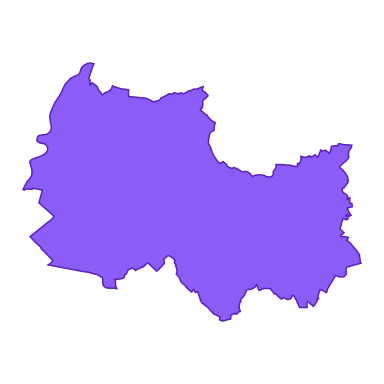 the district of Ernei, Mures, Romania
{"feature_id": "2599482B63747997381834", "entity_name": "Ernei", "entity_type": "district", "adm_level": 2, "iso_a3": "ROU", "parent_name": "Romania", "parent_adm1": "Mures", "projection": "albers", "projection_center": [24.69, 46.618], "detail": "fine", "context": "isolated", "style": "filled", "palette": "violet", "viewbox_px": 384, "rotation_deg": 0, "n_neighbors": 0, "source": "geoboundaries", "source_scale": "gbopen_adm2", "svg_char_len": 5968}
<svg xmlns="http://www.w3.org/2000/svg" viewBox="0 0 384 384"><path d="M318.6,298.7L318.2,298.3L318.1,297.1L318.2,294.9L320.1,289.5L325.7,292.0L325.9,292.5L326.6,292.3L327.5,289.1L328.4,287.4L335.7,275.4L339.4,276.9L340.8,277.0L342.1,276.7L343.8,276.9L345.8,274.8L346.5,273.2L346.0,270.9L346.0,269.3L346.5,267.9L347.3,267.0L361.0,263.2L360.1,260.6L359.6,255.7L359.4,254.7L358.6,253.4L356.3,250.3L351.1,244.0L349.5,242.3L346.7,240.4L348.4,237.5L344.7,236.6L341.2,236.6L340.6,236.4L340.6,235.9L340.9,235.0L342.4,234.3L344.0,232.6L343.0,231.9L340.0,228.7L341.4,224.7L341.7,221.7L342.6,220.5L342.5,219.8L342.7,219.0L342.9,218.9L343.1,218.5L346.1,219.7L347.3,219.6L347.9,219.1L348.1,217.5L346.1,215.9L347.4,214.3L348.7,216.1L349.2,216.2L351.1,215.4L347.9,210.2L347.4,208.0L352.4,206.7L351.8,203.3L349.6,203.0L349.8,197.8L347.5,199.6L346.9,198.9L347.8,198.0L347.8,196.8L347.3,195.6L345.2,193.8L343.1,192.5L342.0,190.3L342.0,189.8L343.0,188.1L343.9,187.9L348.0,182.4L348.3,180.4L347.4,179.4L347.7,179.0L347.9,178.0L347.8,177.3L345.0,172.6L343.2,170.5L339.5,167.2L341.4,164.7L346.3,160.7L348.3,158.2L348.9,156.8L348.4,155.9L348.4,155.1L348.8,151.4L349.3,150.2L351.2,147.8L351.6,146.5L351.8,145.2L342.4,144.5L341.8,144.1L341.0,144.1L339.1,143.5L338.2,144.3L337.6,145.7L332.2,146.0L331.4,146.8L330.8,150.2L329.5,153.3L325.3,150.0L323.1,151.2L320.9,150.0L320.4,150.6L321.1,151.0L320.4,151.6L319.5,152.8L318.7,155.2L317.6,157.1L314.9,154.8L311.6,157.0L311.4,156.6L309.5,157.0L309.5,155.8L305.7,157.4L303.3,157.1L301.8,156.4L300.7,156.4L301.2,158.5L300.6,161.0L299.9,162.4L299.5,164.0L298.4,163.4L297.4,163.5L297.6,166.1L294.9,166.5L291.8,165.5L289.8,165.2L280.1,164.5L275.9,164.6L276.2,166.4L275.5,168.2L274.5,169.9L273.6,170.9L273.2,171.8L273.4,173.2L273.1,174.5L272.4,175.9L270.5,177.0L267.1,176.8L265.8,176.5L265.2,175.8L263.9,175.4L259.4,174.8L256.2,175.1L254.4,175.5L252.5,176.7L251.8,175.6L250.0,173.5L248.4,172.4L245.7,171.3L245.2,171.3L244.8,171.8L244.2,172.0L242.1,171.7L236.6,168.4L233.5,167.5L232.6,168.5L232.0,168.5L228.5,167.1L227.2,166.4L226.6,164.3L225.0,163.4L223.4,161.6L219.5,163.5L216.3,159.6L213.0,154.3L211.3,150.0L210.3,146.7L208.9,144.4L208.5,143.2L208.5,139.9L209.7,133.9L210.0,133.3L211.5,131.6L214.0,130.5L214.2,127.0L215.3,122.5L213.2,121.6L211.3,120.3L208.2,117.2L207.5,115.7L207.0,115.1L205.4,114.4L202.5,111.7L200.2,110.1L200.9,108.7L201.6,108.7L202.6,106.8L202.8,101.7L202.6,101.5L203.1,100.2L204.2,99.7L204.3,99.3L205.8,98.1L206.3,97.1L207.4,96.6L207.9,95.9L207.9,95.0L206.2,93.6L205.0,92.1L202.4,90.6L202.8,88.0L203.3,86.7L203.7,86.3L196.7,89.1L193.6,89.1L190.8,90.6L188.1,91.1L186.5,92.4L183.6,93.7L180.8,92.9L179.3,93.2L178.1,93.9L174.7,92.8L173.7,92.9L173.3,93.8L171.1,94.1L170.3,94.1L169.4,93.6L169.1,93.7L163.9,96.8L161.3,97.8L160.9,98.1L160.3,99.4L159.4,100.1L157.5,100.8L156.6,101.5L155.2,101.1L153.9,101.8L153.0,101.8L152.0,101.0L149.4,99.7L145.8,98.2L128.6,96.5L128.4,93.2L128.7,89.8L124.1,89.1L123.9,89.4L119.2,88.3L112.5,85.9L111.5,88.6L110.3,89.9L108.2,91.7L107.2,92.1L106.4,92.0L104.2,93.3L102.3,95.1L100.7,92.4L98.5,89.8L98.2,89.1L97.6,87.3L96.9,86.3L92.3,82.8L91.4,83.1L90.6,84.9L89.6,84.1L90.3,80.2L88.6,78.1L89.6,75.9L92.0,68.5L93.9,63.8L90.4,63.0L88.3,63.3L85.3,64.4L82.4,66.6L81.2,68.5L79.5,73.6L78.3,74.7L71.7,77.6L70.6,78.3L65.2,84.2L63.7,87.1L61.1,93.1L54.7,103.1L51.8,109.5L50.3,113.3L49.7,116.8L50.5,122.5L51.3,126.0L51.2,128.7L50.7,130.7L49.5,132.4L47.3,134.0L45.6,134.5L40.1,135.2L38.6,135.8L37.8,136.6L37.2,138.1L36.9,140.2L37.7,141.8L39.8,142.9L44.5,143.9L45.5,144.5L46.9,146.0L47.6,147.8L47.6,149.7L46.8,151.7L44.7,154.1L41.1,156.0L32.1,159.3L31.0,160.0L30.3,160.8L29.8,161.7L29.9,162.6L31.3,167.3L31.9,170.6L32.0,173.0L31.8,174.6L30.6,177.6L27.5,181.1L25.0,185.4L23.0,189.7L24.7,190.1L25.3,189.4L26.4,188.9L32.3,189.3L33.4,188.3L42.4,190.1L38.9,202.8L54.0,216.2L53.4,217.4L50.7,220.3L48.2,222.0L30.1,236.6L35.5,242.5L40.5,246.9L41.1,247.1L40.9,248.0L42.0,249.4L52.8,260.4L52.2,261.4L50.3,263.5L48.1,264.9L85.0,271.9L88.7,272.2L91.2,273.2L96.9,274.5L100.6,276.6L102.3,277.9L102.8,279.0L102.7,282.8L103.4,285.6L104.1,286.5L105.8,287.6L106.8,287.9L110.9,288.3L113.1,288.1L116.8,288.7L115.7,286.2L115.4,284.0L115.5,281.4L114.9,279.2L117.0,279.4L121.5,278.7L123.5,278.1L124.3,276.9L124.7,274.8L126.2,274.1L127.4,271.5L128.6,269.4L130.1,269.0L131.5,268.2L133.5,268.6L135.4,270.5L140.0,268.0L143.2,267.0L146.4,263.9L147.9,262.9L156.6,271.1L157.4,270.7L162.5,265.5L163.7,264.1L164.5,262.8L163.7,259.6L167.4,255.9L169.0,255.8L170.2,256.2L171.6,257.5L172.9,258.1L173.7,259.1L174.8,259.8L174.9,260.5L174.7,260.7L174.9,261.1L174.6,261.4L174.4,262.5L174.7,263.6L175.5,263.9L176.0,264.5L176.1,265.2L175.5,265.9L176.1,266.5L176.3,267.2L177.0,270.9L177.0,272.2L176.3,273.5L176.3,274.0L179.4,277.9L179.8,279.1L181.1,281.8L182.5,283.5L184.4,284.7L186.5,287.3L186.4,287.4L189.0,290.0L191.7,292.0L193.7,289.3L195.0,292.1L195.5,292.5L195.9,292.4L196.8,291.6L197.9,292.3L200.1,298.8L200.5,301.0L201.1,301.0L201.7,302.4L202.9,303.8L203.6,303.7L204.9,305.5L206.5,306.1L213.4,313.7L220.0,316.9L219.6,318.5L219.5,319.8L221.2,320.8L223.4,321.0L228.2,319.5L230.6,319.1L230.8,318.1L230.7,315.7L230.8,315.0L232.9,314.5L234.6,313.2L235.0,313.3L235.4,314.1L235.9,314.3L238.1,313.1L238.1,312.4L238.4,311.7L240.1,311.6L240.3,311.1L239.1,308.0L239.7,302.4L240.6,302.2L240.7,300.1L241.0,299.1L241.5,298.9L242.3,297.4L243.6,296.6L244.4,295.3L246.2,291.7L246.1,290.5L247.6,289.7L251.0,289.2L254.0,287.9L255.0,287.1L256.7,284.8L259.0,290.5L264.1,288.4L270.2,288.6L274.6,294.1L275.6,293.6L277.6,295.9L280.9,298.9L281.8,298.8L283.9,297.7L284.4,297.7L286.3,299.2L287.3,299.5L288.9,299.4L290.4,298.8L291.3,298.0L291.7,297.4L292.2,295.4L293.2,295.5L294.4,296.6L295.7,299.3L296.4,300.1L297.1,301.7L297.1,302.5L298.3,304.1L298.5,305.2L299.6,307.5L307.1,307.5L306.9,304.5L307.1,302.7L307.7,301.5L308.7,302.1L310.1,303.7L311.4,304.5L313.2,306.4L314.9,304.7L315.6,303.4L317.2,300.4L316.8,299.5L318.6,298.7Z" fill="#8b5cf6" stroke="#5b21b6" stroke-width="1.5"/></svg>